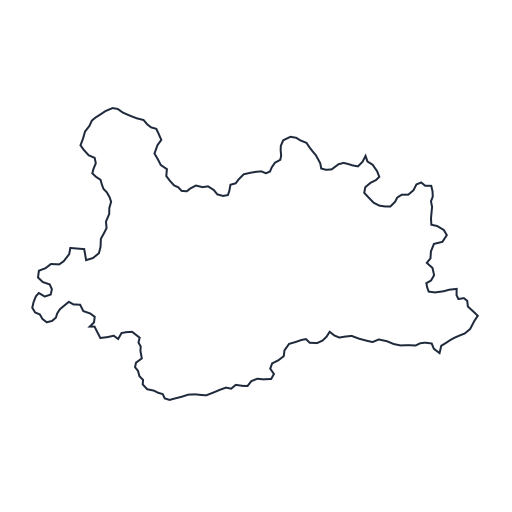 outline of Conceição do Castelo, Espírito Santo, Brazil, rotated 271°
{"feature_id": "56859067B68832214291325", "entity_name": "Conceição do Castelo", "entity_type": "district", "adm_level": 2, "iso_a3": "BRA", "parent_name": "Brazil", "parent_adm1": "Espírito Santo", "projection": "mercator", "projection_center": [-41.26, -20.375], "detail": "fine", "context": "isolated", "style": "outline", "palette": "slate", "viewbox_px": 512, "rotation_deg": 271, "n_neighbors": 0, "source": "geoboundaries", "source_scale": "gbopen_adm2", "svg_char_len": 3409}
<svg xmlns="http://www.w3.org/2000/svg" viewBox="0 0 512 512"><g transform="rotate(271 256 256)"><path d="M287.8,105.4L281.3,106.1L276.1,103.6L270.5,100.6L262.4,100.4L256.1,98.9L251.1,93.0L248.9,86.2L254.8,85.1L259.9,84.1L260.4,75.9L260.8,70.2L254.6,69.2L247.4,63.8L244.2,59.4L244.4,51.1L240.1,45.7L237.5,39.2L230.7,38.4L226.2,43.3L224.0,50.2L219.2,52.5L213.9,51.4L211.8,45.5L215.2,39.5L211.8,36.6L206.0,34.4L200.4,33.2L195.7,36.1L193.8,40.9L189.3,43.6L186.1,47.9L187.5,53.2L190.9,57.0L195.0,58.2L199.3,60.8L203.3,65.4L206.9,69.7L204.4,74.3L204.2,81.0L197.9,84.3L195.6,91.3L192.4,95.8L186.8,95.2L182.5,91.0L182.6,95.8L177.6,98.4L171.3,101.8L172.3,108.8L173.8,115.2L170.6,119.6L176.6,122.9L177.6,127.7L178.0,133.5L175.3,137.1L172.3,141.1L167.4,140.0L163.5,142.3L159.2,142.1L151.6,143.6L147.3,137.9L142.7,137.0L139.1,140.0L133.7,141.6L130.2,145.2L125.6,145.0L120.9,149.5L119.6,156.3L117.6,160.4L116.3,165.1L112.0,167.3L110.6,172.1L112.0,176.9L114.0,184.3L116.2,190.7L116.6,197.5L116.2,202.6L115.8,208.6L119.0,216.4L121.8,222.7L123.9,228.4L122.9,233.5L126.8,238.0L125.9,245.1L125.9,249.8L130.8,253.5L133.3,259.4L132.8,265.4L133.3,273.3L138.3,276.0L143.6,272.2L148.9,274.0L152.0,280.0L156.3,285.5L162.1,286.1L168.7,290.6L170.7,297.1L172.9,303.1L173.8,307.4L170.2,311.2L170.0,318.6L172.6,324.0L176.6,328.0L181.5,331.0L177.9,335.7L175.9,340.8L176.9,346.0L177.8,353.0L175.2,360.2L173.1,368.6L172.0,374.1L174.7,380.2L173.1,388.3L170.4,395.2L169.1,402.0L169.5,409.9L169.3,417.1L171.6,421.7L172.3,426.5L171.6,433.2L166.4,435.4L162.1,441.2L169.5,442.8L172.3,447.3L175.6,452.1L177.9,456.2L180.2,461.3L182.2,466.1L186.8,471.4L195.0,475.5L200.1,478.8L203.7,474.9L209.2,468.7L214.8,468.0L217.5,464.6L216.5,459.1L220.4,457.2L226.6,457.2L225.7,450.0L224.0,444.0L222.7,435.6L223.4,429.3L227.6,427.7L231.8,426.8L234.5,431.4L239.9,434.4L247.1,432.7L252.1,426.9L256.7,430.5L263.6,430.8L271.2,433.7L273.4,442.1L280.2,446.4L285.3,443.3L289.2,436.5L290.3,430.8L296.6,430.3L303.4,430.8L308.1,431.2L313.7,430.0L318.4,431.7L323.6,431.4L329.2,430.0L329.2,423.9L332.4,419.9L330.4,415.2L324.5,412.3L320.0,407.2L319.8,400.6L316.9,396.2L312.6,394.1L307.8,389.4L307.8,383.9L308.5,378.5L311.3,372.7L316.4,367.6L321.1,363.1L326.7,364.1L331.1,369.1L334.0,374.6L337.3,377.9L342.9,375.6L349.3,371.0L352.4,365.8L358.0,363.8L352.1,360.9L347.4,356.4L348.3,350.8L349.6,346.5L350.6,342.0L349.2,336.9L343.9,330.1L343.4,324.6L344.6,319.7L349.9,318.6L354.5,316.0L358.1,313.9L361.2,311.1L365.4,307.7L370.0,304.5L372.3,298.5L374.9,294.1L375.8,288.4L372.2,281.2L366.6,278.9L362.1,278.8L356.7,279.4L352.6,278.6L349.6,273.3L344.9,270.2L340.7,268.5L338.9,264.5L340.7,259.9L340.2,254.6L339.1,248.9L337.5,242.3L332.4,237.4L328.3,234.4L326.8,229.2L320.6,228.2L316.4,226.8L315.5,222.0L316.9,216.3L321.3,212.6L324.8,206.8L323.9,201.4L325.4,194.7L322.2,188.9L319.5,185.7L319.8,180.5L323.3,177.1L325.2,172.8L329.8,168.5L334.4,164.9L341.3,165.4L345.3,159.2L350.8,156.3L356.7,152.7L365.2,155.6L370.4,159.3L376.5,156.5L381.4,154.1L382.8,148.8L385.7,145.0L390.0,141.2L391.5,134.7L393.4,129.3L395.1,125.1L397.1,120.3L400.6,115.2L401.4,110.0L398.3,103.0L394.7,97.8L391.7,93.2L388.5,89.5L383.2,87.2L377.5,82.9L370.4,81.0L363.6,78.6L359.4,81.7L353.8,86.9L351.3,93.0L345.9,94.2L340.3,92.0L335.8,90.9L332.4,94.6L329.5,99.2L324.9,100.6L320.5,102.3L317.1,105.7L312.4,108.5L307.7,110.2L301.4,108.5L295.5,108.5L287.8,105.4Z" fill="none" stroke="#1e293b" stroke-width="2"/></g></svg>